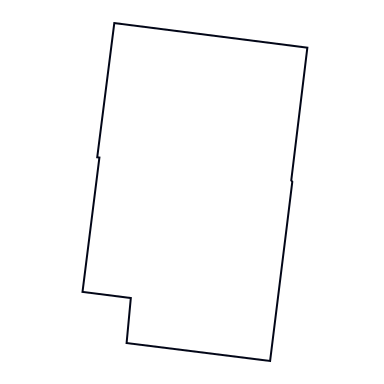 outline of Clark, South Dakota, United States of America, rotated 7°
{"feature_id": "52423323B45667885059065", "entity_name": "Clark", "entity_type": "district", "adm_level": 2, "iso_a3": "USA", "parent_name": "United States of America", "parent_adm1": "South Dakota", "projection": "equal_earth", "projection_center": [-97.745, 44.849], "detail": "fine", "context": "isolated", "style": "outline", "palette": "ink", "viewbox_px": 384, "rotation_deg": 7, "n_neighbors": 0, "source": "geoboundaries", "source_scale": "gbopen_adm2", "svg_char_len": 302}
<svg xmlns="http://www.w3.org/2000/svg" viewBox="0 0 384 384"><g transform="rotate(7 192 192)"><path d="M145.5,349.9L290.1,350.2L290.3,214.9L290.3,169.6L289.1,168.4L288.9,34.7L94.3,33.8L93.7,169.1L95.9,169.1L95.5,304.5L144.2,304.7L145.5,349.9Z" fill="none" stroke="#020617" stroke-width="2"/></g></svg>